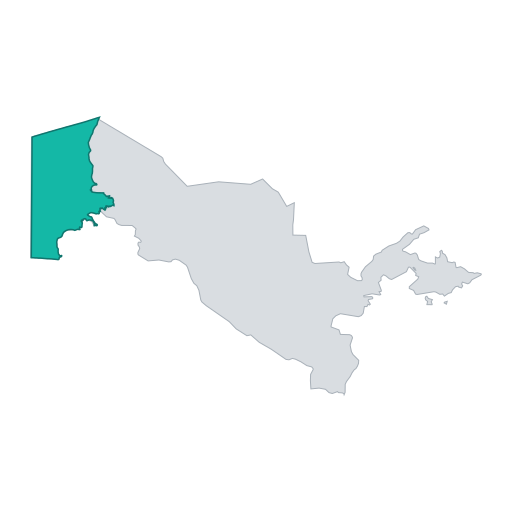 Kungrad, Karakalpakstan, Uzbekistan shown in context
{"feature_id": "79887680B80838990154601", "entity_name": "Kungrad", "entity_type": "district", "adm_level": 2, "iso_a3": "UZB", "parent_name": "Uzbekistan", "parent_adm1": "Karakalpakstan", "projection": "natural_earth1", "projection_center": [57.833, 43.432], "detail": "fine", "context": "in_parent", "style": "filled", "palette": "teal", "viewbox_px": 512, "rotation_deg": 0, "n_neighbors": 0, "source": "geoboundaries", "source_scale": "gbopen_adm2", "svg_char_len": 8640}
<svg xmlns="http://www.w3.org/2000/svg" viewBox="0 0 512 512"><path d="M415.6,229.7L423.8,225.9L428.5,228.5L429.0,229.9L424.0,232.7L419.5,234.2L418.3,237.8L413.8,239.3L409.5,244.3L402.5,249.3L402.5,250.4L403.1,251.2L405.5,251.8L410.4,254.6L414.9,253.0L416.0,253.3L417.3,255.0L418.7,259.5L420.8,260.8L427.5,263.1L432.5,263.1L435.0,264.1L435.4,263.7L435.4,256.9L437.5,258.0L439.7,257.2L440.4,253.8L439.8,251.6L441.4,250.3L442.3,251.2L442.5,253.2L445.0,254.6L446.9,257.9L447.6,261.7L452.2,262.7L453.8,262.0L455.1,262.4L456.0,267.3L456.7,267.7L460.6,266.7L464.4,268.8L468.6,272.4L473.2,272.7L474.1,273.4L477.3,272.8L481.1,273.8L481.3,274.4L480.7,275.2L472.0,279.7L469.7,282.8L467.8,283.8L462.4,282.1L461.6,284.0L462.7,285.9L461.5,287.9L458.7,287.1L458.1,286.2L455.5,286.7L452.5,289.9L451.2,292.6L448.3,293.4L444.4,296.1L442.7,294.0L439.8,294.3L435.9,292.1L434.0,291.7L417.0,294.5L415.6,294.1L413.6,290.4L409.3,288.5L409.3,286.7L417.8,279.1L418.7,276.7L415.7,275.5L416.1,273.4L410.2,267.4L409.1,267.0L408.4,267.3L406.4,271.7L391.6,279.5L389.3,278.7L385.8,275.8L383.5,274.8L380.9,277.3L381.1,280.2L378.4,282.5L381.3,290.3L381.1,291.4L379.1,291.6L380.7,294.6L379.5,295.0L372.1,293.8L363.7,295.6L364.0,296.9L371.6,296.6L372.6,297.2L372.8,298.2L372.4,298.8L368.5,299.5L368.1,300.7L370.3,304.2L369.4,305.0L368.0,304.3L366.9,306.6L364.4,306.5L363.2,313.2L361.2,315.6L358.4,316.7L340.4,313.7L335.8,315.8L332.8,318.8L331.0,326.2L331.2,327.0L339.0,329.9L340.4,334.4L349.7,334.7L351.3,335.5L352.1,336.6L352.5,337.8L350.1,345.1L351.4,351.6L353.0,354.6L358.7,360.3L358.5,363.4L357.4,366.2L355.9,368.6L354.3,369.7L352.1,372.7L350.2,376.5L346.5,381.5L345.2,384.3L345.1,392.3L344.1,394.7L343.9,393.8L342.5,392.9L338.4,392.6L337.5,391.6L332.3,393.5L329.0,392.6L325.5,389.3L319.1,388.1L310.9,388.9L310.4,380.6L310.6,374.4L313.2,369.5L313.1,368.6L311.7,366.9L306.8,365.6L300.9,361.8L295.5,359.2L292.4,358.4L289.0,359.8L286.0,359.4L271.5,349.4L259.2,342.3L250.8,334.9L246.9,335.7L236.2,328.9L229.3,321.7L206.4,305.8L201.9,302.0L200.8,300.0L198.9,290.2L196.8,285.7L193.9,283.3L191.3,278.6L187.5,267.2L186.1,265.1L179.3,260.3L175.4,259.1L172.5,259.9L171.0,261.7L168.7,261.9L158.9,260.0L148.1,260.9L138.5,255.0L137.9,254.1L137.9,252.5L139.7,248.6L139.3,246.9L138.0,245.1L138.0,243.1L138.8,242.1L140.6,242.4L141.2,241.7L141.0,240.7L138.8,238.3L134.4,236.1L135.3,234.6L135.4,230.9L136.1,229.0L135.5,228.3L132.2,225.5L121.5,225.4L119.0,224.6L117.0,223.5L114.9,219.4L113.9,218.4L106.5,216.8L99.0,209.7L97.5,212.8L96.1,213.5L90.4,212.6L87.6,214.6L94.6,221.9L96.1,224.1L96.1,225.4L94.1,225.6L92.2,222.1L91.1,221.1L84.4,219.2L82.3,221.4L81.7,224.2L78.9,229.0L75.5,229.8L67.6,230.1L65.2,231.2L63.6,232.5L60.5,236.7L56.6,240.0L58.0,253.3L60.6,256.6L58.0,259.5L30.7,257.5L31.5,137.1L70.2,126.0L97.9,118.9L161.3,156.8L162.8,158.2L163.7,161.5L165.4,164.1L187.2,186.3L218.6,181.8L250.7,184.3L262.6,179.0L272.3,188.7L278.3,192.2L286.7,206.4L294.3,202.7L293.5,219.7L292.8,224.9L292.9,235.1L305.7,235.4L308.9,251.9L312.1,262.3L314.9,263.5L339.0,262.0L340.8,262.8L344.2,261.7L346.5,265.0L349.1,267.2L347.6,274.4L350.7,277.3L357.5,280.7L361.6,280.6L362.3,279.4L362.1,277.7L361.0,275.9L361.0,273.8L361.6,272.2L365.4,266.8L371.8,261.4L373.2,259.5L373.6,256.1L375.8,254.2L381.4,252.0L382.1,250.3L388.8,246.0L396.5,243.3L399.9,241.1L403.1,237.0L407.9,232.7L409.8,232.6L411.2,233.9L412.4,234.1L415.6,229.7ZM415.8,270.3L414.8,268.1L413.6,267.3L413.0,267.7L415.1,270.3L415.8,270.3ZM432.0,304.7L426.9,304.6L427.6,301.4L425.7,299.9L425.2,298.2L425.6,296.8L426.8,296.2L428.4,298.5L432.4,299.6L431.2,301.8L432.2,304.2L432.0,304.7ZM447.2,301.3L446.4,304.2L444.1,302.9L444.4,302.2L447.2,301.3Z" fill="#d9dde1" stroke="#a8b0b8" stroke-width="1"/><path d="M112.7,198.4L111.8,198.3L111.8,197.7L111.5,197.6L110.7,198.0L110.2,198.3L109.9,198.2L110.0,197.8L109.5,197.8L109.4,197.6L109.0,198.0L108.5,198.0L108.8,197.2L109.2,196.7L109.7,196.2L109.6,195.8L108.9,196.0L108.5,196.0L108.1,196.4L107.5,196.2L107.4,196.6L106.8,196.6L106.0,196.1L105.9,195.7L104.3,194.2L103.6,193.5L103.6,192.9L97.8,192.8L96.2,192.7L92.1,192.1L91.9,191.3L91.5,191.3L91.4,190.8L90.6,190.5L90.5,190.1L91.4,190.1L91.5,189.7L91.2,188.9L91.3,187.8L92.1,186.4L93.2,185.6L94.2,185.1L95.8,184.9L96.6,184.9L96.8,184.3L96.2,183.6L94.8,183.3L93.3,181.9L92.3,179.8L91.6,177.9L91.5,176.5L91.9,174.4L92.3,173.3L92.5,171.3L92.5,169.8L92.5,168.5L92.9,166.6L92.9,165.7L90.8,162.9L89.6,161.1L89.0,158.8L89.0,157.5L88.5,154.5L89.1,152.5L90.6,150.8L90.6,150.0L89.4,147.8L88.6,144.9L88.3,142.4L89.0,140.9L89.8,139.0L90.2,137.8L90.7,136.7L91.3,135.2L92.2,134.0L92.8,132.5L93.2,130.4L94.0,128.6L95.0,127.1L96.0,125.7L96.9,124.7L97.3,123.0L97.7,121.4L99.4,117.3L99.1,117.4L97.3,117.9L96.9,118.0L96.1,118.3L95.7,118.4L95.0,118.7L93.2,119.2L91.8,119.7L90.1,120.2L88.9,120.6L88.2,120.8L87.7,121.0L87.1,121.2L85.1,121.8L84.5,122.0L83.4,122.3L80.7,123.1L79.9,123.3L78.8,123.6L77.1,124.1L76.2,124.3L75.6,124.5L75.1,124.6L73.1,125.2L72.4,125.4L71.7,125.6L70.7,125.9L68.0,126.6L67.1,126.8L65.1,127.4L61.0,128.6L60.2,128.8L57.6,129.5L56.9,129.7L55.9,130.0L53.6,130.7L53.0,130.8L51.8,131.2L49.9,131.7L48.1,132.2L47.0,132.6L45.3,133.1L44.4,133.3L44.2,133.4L41.7,134.1L41.1,134.3L40.3,134.5L39.9,134.7L37.8,135.3L36.7,135.6L36.2,135.8L35.0,136.1L34.3,136.3L34.2,136.4L33.8,136.5L33.0,136.8L32.2,137.0L32.1,137.4L32.1,137.6L32.1,138.0L32.1,138.6L32.1,139.1L32.1,139.6L32.1,139.9L32.1,140.2L32.1,140.3L32.1,140.7L32.1,141.1L32.1,141.5L31.3,257.7L31.6,257.7L32.6,257.7L34.5,257.8L34.8,257.9L35.4,257.9L36.7,257.9L38.4,258.1L39.6,258.1L40.7,258.1L42.6,258.3L43.4,258.4L44.6,258.5L46.0,258.6L47.1,258.7L48.1,258.7L48.9,258.7L50.4,258.8L51.9,258.9L52.6,259.0L54.3,259.2L55.4,259.3L56.1,259.4L56.5,259.4L57.6,259.6L58.3,259.6L58.6,259.5L58.9,259.2L59.1,258.8L59.1,258.3L59.1,258.0L59.2,257.8L59.4,257.6L59.8,257.1L61.0,256.8L61.3,256.6L61.5,256.4L61.7,256.0L61.7,255.7L61.4,255.5L60.8,255.7L60.3,255.8L59.8,255.8L59.7,255.7L59.3,255.1L58.7,254.4L58.5,254.0L58.4,253.5L58.1,251.8L58.1,251.0L58.1,250.5L58.2,249.9L58.2,249.5L58.1,248.8L57.8,248.3L57.6,248.2L57.4,247.8L57.1,247.3L56.9,246.6L56.8,246.0L56.9,245.3L56.9,244.6L56.8,243.5L56.7,243.1L56.7,242.6L56.7,241.7L56.8,241.2L57.0,240.7L57.2,239.6L57.3,239.3L57.6,238.7L57.8,238.5L58.2,238.2L58.6,237.9L59.8,237.6L60.6,237.3L61.0,237.1L61.6,236.5L62.0,236.1L62.1,235.8L62.1,235.6L62.3,235.1L62.4,234.7L62.5,234.7L62.6,234.3L62.9,233.5L63.0,233.4L63.2,233.0L63.8,232.1L64.5,231.6L64.9,231.4L65.0,231.2L65.8,230.7L67.2,230.1L68.3,229.7L68.5,229.7L69.5,229.6L69.8,229.5L70.0,229.6L70.3,229.5L71.2,229.5L72.5,229.6L73.6,229.8L74.5,230.3L74.8,230.3L75.2,230.2L75.7,230.0L76.2,229.8L76.7,229.6L77.3,229.4L77.7,229.3L79.4,229.6L79.6,229.6L79.9,229.5L80.0,229.3L79.8,228.7L79.4,228.2L79.6,227.4L79.7,227.1L79.8,227.1L80.0,227.1L80.9,227.5L81.4,227.5L81.6,227.4L81.8,227.2L81.9,226.9L82.0,226.0L82.0,225.7L82.0,225.2L82.1,224.6L82.1,223.9L82.3,223.3L82.3,223.0L82.1,222.5L81.9,222.1L81.4,221.6L81.2,221.2L81.4,220.4L81.5,220.2L81.9,220.1L82.1,220.2L82.5,220.6L82.9,220.3L83.1,219.3L83.2,219.2L83.5,219.2L83.8,219.1L84.1,218.8L84.4,218.7L84.9,218.7L85.1,218.7L85.5,218.8L85.9,219.1L86.1,219.8L86.2,220.0L86.6,220.2L86.8,220.3L86.9,220.7L87.0,220.7L87.7,220.5L88.9,219.9L89.4,219.9L90.0,220.0L92.1,220.5L92.5,220.7L92.8,221.0L93.3,221.5L93.5,221.8L93.7,222.2L93.9,222.7L94.0,223.0L94.2,223.7L94.3,224.3L94.2,225.3L94.3,225.7L94.5,225.6L95.4,225.5L95.7,225.5L96.5,225.7L96.8,225.7L97.0,225.6L97.3,225.0L97.2,224.7L96.7,224.2L96.3,224.1L95.5,223.6L94.9,223.2L94.6,223.3L94.3,223.1L94.4,222.4L94.2,221.9L93.9,221.6L93.2,220.5L92.7,219.4L92.4,218.9L92.2,218.4L92.2,218.2L91.7,217.2L91.4,216.9L90.7,216.8L90.1,216.6L89.6,216.4L88.8,215.9L88.4,215.6L88.2,215.5L87.7,215.2L87.5,214.8L87.6,214.4L87.9,214.3L88.2,214.2L88.8,213.7L89.5,213.2L90.1,212.9L90.9,212.6L91.4,212.6L92.1,212.7L93.1,212.9L93.9,213.1L94.6,213.4L95.3,213.5L95.6,213.7L96.0,213.9L96.6,213.8L97.6,213.6L98.1,213.6L98.6,213.8L99.0,213.6L99.2,213.4L99.4,212.2L98.9,211.7L99.0,211.4L99.5,211.3L99.8,211.4L100.1,211.5L100.3,211.3L100.4,211.1L100.3,210.9L100.2,210.7L99.9,210.6L99.8,210.2L100.0,209.6L100.0,209.1L100.2,209.3L100.5,209.6L100.4,209.4L100.7,208.7L101.0,208.0L101.8,208.5L102.3,208.1L103.4,209.1L104.6,209.9L104.7,209.4L105.4,209.7L105.5,209.4L105.3,208.7L104.9,208.2L104.9,207.8L105.5,207.6L106.1,207.7L105.9,207.2L106.4,207.0L105.9,206.6L105.9,206.1L106.2,206.0L106.6,206.6L107.0,206.0L108.2,206.2L108.2,206.6L108.6,206.9L109.2,206.4L109.5,206.5L109.8,206.1L110.5,206.1L110.7,206.4L112.9,205.0L113.9,205.7L114.0,205.3L113.9,204.4L113.5,203.2L113.0,202.2L113.4,201.4L113.5,200.8L113.3,199.9L112.7,198.4Z" fill="#14b8a6" stroke="#0f766e" stroke-width="1.5"/></svg>